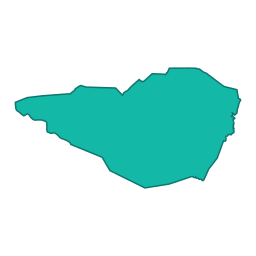 the district of Yocon, Olancho, Honduras
{"feature_id": "27666195B97236146307678", "entity_name": "Yocon", "entity_type": "district", "adm_level": 2, "iso_a3": "HND", "parent_name": "Honduras", "parent_adm1": "Olancho", "projection": "natural_earth1", "projection_center": [-86.786, 14.955], "detail": "fine", "context": "isolated", "style": "filled", "palette": "teal", "viewbox_px": 256, "rotation_deg": 0, "n_neighbors": 0, "source": "geoboundaries", "source_scale": "gbopen_adm2", "svg_char_len": 5251}
<svg xmlns="http://www.w3.org/2000/svg" viewBox="0 0 256 256"><path d="M70.7,144.4L102.2,157.3L109.9,170.6L144.9,187.9L169.3,184.0L191.4,176.6L191.9,176.5L192.5,176.6L193.3,177.1L193.5,177.2L194.1,177.5L195.0,177.6L195.6,177.6L195.8,177.2L195.9,177.5L196.0,177.7L196.2,177.9L196.3,178.1L196.6,178.1L197.1,178.1L197.6,178.2L197.9,178.2L198.0,178.2L198.1,178.3L198.6,178.8L198.8,179.1L199.0,179.2L199.1,179.3L199.3,179.3L199.8,179.2L200.6,179.2L201.0,179.2L201.3,179.3L201.5,179.4L201.6,179.5L201.8,179.9L201.8,180.0L202.0,180.2L202.1,180.4L202.3,180.5L202.5,180.6L202.9,180.6L203.1,180.5L203.4,180.2L203.6,180.0L203.9,179.8L208.8,168.9L217.2,158.1L223.1,142.0L223.2,141.7L223.7,140.9L224.1,141.1L224.5,141.2L225.1,141.2L225.3,141.1L225.5,140.9L225.7,140.7L225.8,140.5L225.9,140.2L225.9,139.9L226.0,139.3L226.0,138.8L225.9,138.6L226.0,138.3L225.9,138.1L225.9,137.9L225.7,137.4L225.6,137.1L225.6,136.8L225.7,136.7L225.8,136.5L226.1,136.3L226.5,136.2L226.8,136.2L227.0,136.1L227.4,135.9L227.6,135.7L227.8,135.5L227.9,135.3L228.2,134.9L228.3,134.7L228.6,134.7L229.3,134.5L229.8,134.4L230.1,134.5L230.5,134.7L230.8,134.8L231.0,134.8L231.2,134.7L231.4,134.6L231.6,134.3L231.8,134.1L232.0,133.6L232.2,133.4L232.4,133.2L232.5,133.2L233.1,132.9L233.3,132.9L233.5,132.9L233.7,132.7L233.8,132.6L233.9,132.4L233.9,131.9L234.0,131.0L234.0,130.7L233.9,130.4L233.8,130.2L233.2,129.4L233.1,129.1L233.3,128.9L233.9,128.7L234.0,128.6L233.9,128.4L233.8,128.1L233.1,127.3L233.1,127.2L233.3,126.8L233.3,126.7L233.5,126.6L233.6,126.4L233.6,126.2L233.3,125.7L233.2,125.4L233.2,125.2L233.2,124.9L233.4,124.8L233.5,124.6L233.8,124.4L233.8,124.2L233.9,123.9L233.8,123.3L233.6,121.9L233.4,121.2L233.3,120.9L233.3,120.7L233.2,120.2L233.3,119.5L233.2,119.3L233.2,119.1L233.3,119.0L233.5,118.9L233.8,119.0L234.0,119.0L234.2,118.9L234.6,118.7L234.8,118.4L234.8,118.1L234.7,118.0L234.6,117.9L234.3,117.8L234.2,117.8L234.1,117.7L233.7,117.3L233.5,117.0L233.4,116.9L233.2,116.7L232.7,116.6L232.2,116.6L231.8,116.6L231.7,116.6L231.5,116.4L231.4,116.3L231.5,116.2L231.7,115.9L231.8,115.9L231.9,115.7L232.0,115.6L232.4,115.3L232.5,115.2L232.7,114.7L232.8,114.5L232.8,114.3L232.5,113.1L232.4,112.9L232.5,112.9L232.6,113.0L233.0,113.3L233.4,113.7L233.8,114.5L234.1,114.9L234.3,115.0L234.6,115.1L235.5,114.4L235.9,114.0L236.5,113.5L236.6,113.4L236.7,113.2L236.8,112.9L236.9,112.7L237.0,112.4L237.1,112.2L237.2,110.1L237.2,109.8L237.3,109.4L237.4,109.1L237.6,108.4L237.9,107.6L237.9,107.2L238.0,107.0L238.1,106.8L238.3,106.4L238.4,106.0L238.5,105.6L238.6,104.8L238.8,104.0L238.9,103.8L239.0,103.4L239.6,101.9L239.9,101.4L240.1,100.9L240.4,100.6L240.5,100.4L240.6,100.2L240.5,99.8L240.3,99.4L240.2,99.2L239.6,98.8L239.0,98.6L238.4,98.4L236.9,89.7L224.1,86.5L222.0,85.1L206.8,73.6L206.7,73.5L206.6,73.3L206.4,73.3L206.0,73.2L204.9,72.7L203.8,72.2L203.1,71.8L202.8,71.7L202.5,71.4L201.4,70.5L201.3,70.4L201.0,70.3L200.8,70.2L200.7,70.1L200.4,69.8L200.1,69.5L199.8,69.3L199.5,69.1L199.3,69.1L199.1,69.0L197.5,68.9L197.2,68.8L196.9,68.7L196.5,68.4L196.3,68.3L196.1,68.3L195.9,68.3L189.7,68.1L169.3,68.2L167.4,72.6L166.9,72.7L166.7,72.9L166.0,73.7L165.7,74.3L165.1,74.6L164.8,74.6L164.4,74.4L164.0,74.2L152.2,73.7L143.8,81.4L143.7,81.4L143.5,81.5L143.4,81.5L143.2,81.5L143.0,81.4L142.9,81.3L142.6,81.4L142.4,81.6L142.1,81.7L141.7,81.5L141.3,81.1L141.2,81.0L140.9,80.9L140.6,80.9L140.4,80.8L140.2,80.7L139.6,79.8L139.4,79.7L139.2,79.5L132.9,85.0L129.2,88.6L129.2,89.0L128.6,89.5L127.9,90.2L127.7,90.4L127.4,90.6L126.7,91.0L126.0,91.3L124.8,92.1L124.2,92.4L123.8,92.8L123.3,93.7L123.0,94.5L122.7,95.0L122.4,95.2L115.6,88.0L86.3,87.1L83.1,86.2L80.9,85.5L80.3,85.7L79.7,86.0L79.0,86.3L78.2,86.8L77.3,87.5L76.2,88.2L75.2,88.9L74.7,90.2L74.5,90.5L73.5,91.2L72.8,91.6L72.2,92.2L71.3,92.8L70.2,93.9L68.0,93.9L62.5,94.3L42.6,95.8L27.2,97.6L15.4,102.3L15.4,102.9L15.5,105.3L15.7,106.6L15.7,107.5L15.8,108.0L15.8,108.4L16.0,108.9L16.2,109.4L16.4,109.8L16.5,110.0L16.9,110.5L17.2,110.8L17.5,111.0L17.8,111.2L19.9,112.6L20.1,112.8L20.4,113.2L20.7,113.5L21.6,114.2L22.9,115.3L23.3,115.5L23.5,115.7L23.8,115.7L24.2,115.6L24.7,115.4L25.2,115.2L26.5,114.3L27.2,113.9L27.3,113.8L27.5,113.8L27.8,113.8L28.0,113.9L28.2,114.0L28.5,114.3L28.7,114.5L29.3,115.3L30.5,117.0L30.9,117.5L31.2,117.9L32.0,118.5L32.9,119.3L33.4,119.6L33.8,119.8L34.1,119.9L34.5,120.0L35.1,120.1L35.5,120.1L36.7,120.0L38.5,119.9L40.9,120.0L41.8,120.0L42.0,120.1L42.9,120.4L44.1,120.9L44.4,121.0L44.8,121.0L45.1,121.1L45.3,121.2L45.6,121.3L45.8,121.4L46.0,121.6L46.2,121.8L46.3,122.0L46.5,122.4L46.7,122.7L46.7,123.0L46.8,123.2L46.9,124.1L46.9,125.4L46.9,126.8L46.9,128.5L46.8,129.2L46.8,129.7L46.9,130.2L47.1,131.1L47.2,131.5L47.3,131.8L47.6,132.1L47.9,132.2L49.2,132.6L49.4,132.7L49.7,132.9L49.9,133.0L50.1,133.1L50.4,133.2L51.0,133.2L51.6,133.2L52.1,133.2L52.6,133.1L53.1,133.0L53.4,133.0L53.6,132.9L53.9,132.9L54.2,132.9L54.5,133.0L54.9,133.1L55.2,133.3L55.6,133.5L56.4,134.1L57.2,134.7L57.9,135.3L58.9,136.4L59.2,136.7L59.6,137.2L59.7,137.4L59.9,137.5L60.9,138.1L62.1,138.8L62.4,138.9L63.0,138.9L63.3,139.0L63.8,139.2L64.6,139.6L66.1,140.2L66.8,140.5L67.8,141.1L68.4,141.5L69.0,141.9L69.5,142.3L69.8,142.6L70.3,143.1L70.4,143.3L70.5,143.5L70.7,143.9L70.7,144.1L70.7,144.3L70.7,144.4Z" fill="#14b8a6" stroke="#0f766e" stroke-width="1.5"/></svg>